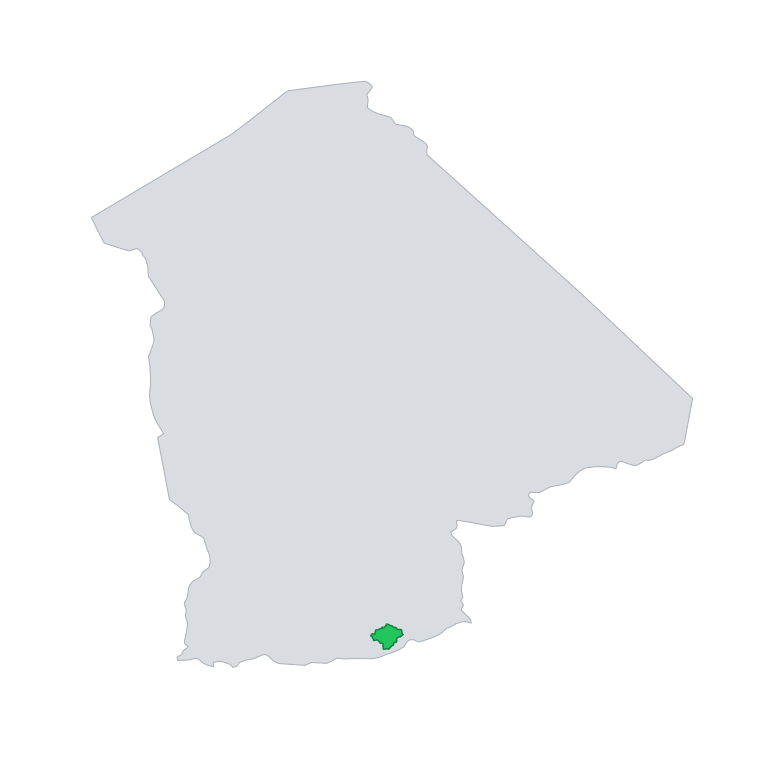 where Relizane sits in Algeria, rotated 186°
{"feature_id": "DZA-2203", "entity_name": "Relizane", "entity_type": "Province", "adm_level": 1, "iso_a3": "DZA", "parent_name": "Algeria", "parent_adm1": "", "projection": "orthographic", "projection_center": [0.791, 35.819], "detail": "fine", "context": "in_parent", "style": "filled", "palette": "green", "viewbox_px": 768, "rotation_deg": 186, "n_neighbors": 0, "source": "natural_earth", "source_scale": "10m", "svg_char_len": 5658}
<svg xmlns="http://www.w3.org/2000/svg" viewBox="0 0 768 768"><g transform="rotate(186 384 384)"><path d="M560.2,87.5L560.9,89.3L561.1,90.9L558.7,92.6L557.1,93.7L555.5,98.1L552.1,101.2L551.5,102.1L551.6,102.9L554.2,104.1L555.1,105.2L555.6,106.9L555.0,112.9L554.2,123.5L554.4,125.8L555.6,128.5L556.7,130.5L557.1,132.9L557.2,138.9L558.7,142.2L559.8,145.3L557.9,149.4L557.2,153.0L557.0,158.0L557.0,161.2L555.8,164.2L554.1,167.1L552.1,168.9L549.6,170.6L546.7,172.7L544.6,178.1L539.6,182.7L538.6,184.3L538.3,187.8L538.8,192.5L540.0,196.3L542.9,201.7L545.5,207.7L546.4,210.8L547.3,211.9L550.6,213.7L556.3,216.0L557.4,217.0L560.4,221.1L563.5,228.5L564.7,233.5L574.9,240.4L584.8,246.4L585.6,247.5L592.4,270.1L594.8,278.2L603.6,307.1L601.0,309.0L598.0,311.4L600.6,315.2L605.5,321.3L608.6,326.3L609.7,328.5L612.3,334.9L614.4,341.0L615.0,343.0L616.0,347.8L616.3,361.3L618.8,378.1L621.1,386.4L619.0,394.3L617.3,401.8L617.7,405.4L619.4,411.0L620.9,415.1L622.7,417.2L622.9,424.3L622.4,426.9L617.6,431.1L612.1,435.0L610.7,438.1L610.5,441.3L611.4,443.9L629.4,466.3L630.1,468.7L630.9,475.4L634.2,483.6L637.4,487.0L638.7,489.7L640.9,491.5L643.1,492.7L644.4,492.8L651.6,489.7L664.4,492.2L676.6,494.8L677.5,495.5L685.4,507.6L692.4,519.0L561.3,616.7L546.6,630.6L511.9,664.3L509.2,665.8L461.9,677.2L437.2,682.6L436.0,682.9L434.6,683.0L433.6,682.9L431.5,682.2L428.9,680.4L427.2,679.4L426.7,678.0L427.7,676.0L428.9,674.2L429.3,672.7L430.2,671.7L431.2,670.8L431.3,669.5L430.3,667.6L429.5,664.8L429.5,659.8L429.5,657.5L427.1,655.6L422.8,653.6L418.8,652.4L417.0,652.0L412.7,651.4L406.6,650.2L404.5,649.3L400.5,644.6L398.6,643.5L389.5,642.8L386.5,642.1L384.0,641.0L381.9,639.5L380.7,636.9L380.4,634.8L379.6,633.8L369.6,628.8L367.1,627.1L365.7,625.5L365.7,623.2L365.9,620.2L365.5,617.7L365.1,616.4L194.2,492.2L185.3,485.4L165.2,470.2L75.6,401.8L79.1,358.0L79.4,355.8L80.0,354.9L83.0,353.6L87.9,350.3L89.7,348.8L92.0,347.4L100.0,343.1L101.7,341.8L109.5,336.7L111.3,336.0L115.4,335.8L117.1,334.9L119.5,332.8L123.0,330.4L125.2,329.3L125.7,329.2L127.1,329.1L133.9,330.4L136.7,331.2L140.1,332.0L141.2,331.7L142.2,331.0L143.6,329.2L144.0,327.1L144.2,325.2L144.5,324.3L145.1,324.0L146.6,324.3L148.6,324.7L152.6,324.9L154.0,324.7L158.7,324.6L165.3,323.8L174.8,321.6L179.5,318.5L182.9,315.1L186.5,310.1L189.5,305.6L195.0,303.1L199.6,301.6L202.2,301.0L208.2,298.9L218.1,292.3L226.2,291.7L227.2,291.1L228.4,289.9L228.6,287.8L227.3,286.2L225.7,285.3L224.5,284.4L223.4,284.2L222.8,283.1L223.2,281.2L223.5,279.5L224.3,277.8L224.2,275.3L223.1,272.7L222.9,270.9L223.0,269.1L223.7,267.8L225.3,266.9L227.3,266.7L229.9,267.2L234.6,266.9L246.7,263.1L247.5,261.8L248.4,258.8L249.3,256.3L250.6,255.4L251.3,255.3L260.9,253.9L263.0,253.8L280.7,255.2L295.9,256.1L297.3,255.5L297.4,253.6L296.4,250.1L297.1,247.9L299.3,245.9L302.1,243.6L300.8,240.8L298.7,238.9L295.7,236.6L294.2,235.7L291.5,232.9L289.9,229.8L288.9,223.3L286.9,219.6L285.5,215.1L287.0,206.9L285.2,201.8L284.9,199.7L285.0,197.1L285.7,192.8L285.4,186.6L283.3,180.2L284.4,178.0L285.0,176.9L284.8,175.9L282.8,173.9L281.9,172.2L282.4,170.6L283.6,168.4L283.5,167.4L280.2,164.5L274.5,159.9L273.0,157.9L272.3,155.4L277.8,156.2L280.6,155.9L287.2,153.2L292.4,149.3L296.5,147.4L300.1,143.1L303.3,140.4L308.0,137.5L321.3,131.3L323.3,131.2L327.7,132.8L331.5,132.3L334.1,130.1L336.9,124.7L341.2,121.4L346.7,118.2L354.1,115.0L358.9,112.1L366.5,109.6L385.6,107.8L395.4,106.3L402.1,106.5L408.8,101.8L412.1,100.2L426.7,99.5L433.4,95.9L459.4,95.0L462.6,96.0L465.8,97.6L471.3,101.8L474.0,102.6L477.4,101.5L485.2,97.0L494.0,94.4L498.8,91.7L500.6,88.0L504.8,86.4L507.3,89.0L516.7,91.2L522.4,90.1L524.8,89.1L523.7,85.0L529.7,85.7L534.5,87.4L539.6,91.0L542.8,91.6L548.4,89.3L560.2,87.5Z" fill="#d9dde1" stroke="#a8b0b8" stroke-width="1"/><path d="M370.8,132.1L370.6,132.9L369.9,133.9L369.5,134.3L369.1,134.5L368.7,134.5L368.0,134.2L367.6,134.2L367.1,134.3L366.9,134.7L366.8,135.2L366.8,136.2L366.8,136.8L366.3,138.6L365.3,138.6L364.7,138.8L363.3,139.7L362.3,140.0L361.0,140.9L360.2,140.9L360.0,141.0L360.1,141.4L360.3,141.7L360.4,141.9L360.2,142.0L360.0,141.9L359.8,141.8L359.7,141.7L359.1,141.6L358.9,141.7L358.6,141.9L356.8,144.0L356.6,144.2L356.5,144.5L356.6,145.0L356.5,145.4L356.3,145.5L356.1,145.6L355.9,145.6L355.6,145.5L355.1,145.4L353.8,145.1L352.3,144.4L350.5,144.2L350.1,144.0L349.8,143.7L349.6,143.4L349.0,143.0L348.6,143.0L348.1,143.0L347.6,143.2L347.1,143.1L346.6,142.9L345.8,142.0L345.0,141.5L344.4,141.4L343.8,141.3L343.3,141.4L342.4,141.6L342.0,141.6L341.3,141.5L340.9,141.2L340.6,140.7L340.4,140.0L340.2,138.8L339.9,137.8L338.9,136.9L339.1,136.4L339.5,136.0L339.9,135.7L340.1,135.4L341.0,134.6L341.3,134.4L341.6,134.2L341.8,134.1L342.1,134.1L342.5,134.2L342.9,134.1L343.3,133.8L343.9,133.3L344.2,132.9L344.4,132.6L344.5,132.4L344.9,130.7L344.9,130.4L344.7,130.3L344.5,130.2L344.4,130.1L344.4,129.9L344.5,129.5L344.6,129.1L344.9,128.5L345.2,128.3L345.5,128.2L346.5,128.1L347.0,127.9L347.2,127.5L347.2,127.2L347.3,126.9L347.3,126.6L347.4,126.4L347.3,125.6L347.4,125.2L347.6,125.0L347.8,124.9L348.5,124.7L348.9,124.5L349.1,124.2L349.4,123.5L349.6,123.2L350.5,122.3L350.8,121.9L351.1,121.3L351.7,120.7L352.6,121.0L353.1,121.1L353.5,121.1L354.6,120.6L356.2,120.2L356.6,120.2L356.9,120.3L357.0,120.6L357.1,121.5L357.2,121.8L357.7,123.2L357.7,123.5L357.5,124.2L357.5,124.4L357.6,124.7L358.3,125.8L358.5,126.0L358.8,126.0L359.8,125.9L360.8,126.0L361.0,126.1L361.1,126.3L361.5,126.8L361.6,127.2L361.8,127.4L362.1,127.6L362.5,127.8L363.5,128.5L364.0,128.7L364.4,128.7L366.9,127.9L367.2,127.9L367.5,128.0L368.2,129.5L368.4,129.9L368.9,130.4L369.0,130.7L369.3,131.2L369.6,131.5L369.9,131.7L370.8,132.1Z" fill="#22c55e" stroke="#15803d" stroke-width="1.5"/></g></svg>